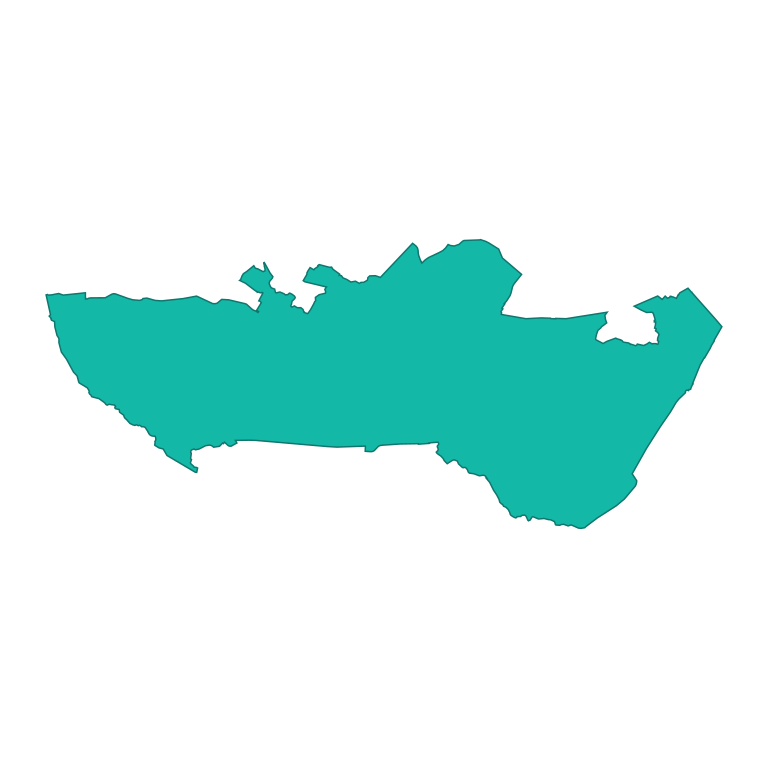 outline of Doetinchem, Gelderland, Netherlands
{"feature_id": "6326949B3071243252174", "entity_name": "Doetinchem", "entity_type": "district", "adm_level": 2, "iso_a3": "NLD", "parent_name": "Netherlands", "parent_adm1": "Gelderland", "projection": "albers", "projection_center": [6.278, 51.959], "detail": "fine", "context": "isolated", "style": "filled", "palette": "teal", "viewbox_px": 768, "rotation_deg": 0, "n_neighbors": 0, "source": "geoboundaries", "source_scale": "gbopen_adm2", "svg_char_len": 6089}
<svg xmlns="http://www.w3.org/2000/svg" viewBox="0 0 768 768"><path d="M46.1,294.9L50.5,314.7L49.2,316.1L51.2,318.3L50.9,318.6L51.0,319.1L51.5,320.2L54.5,321.5L54.9,327.1L57.0,335.4L58.5,337.8L59.0,339.1L58.9,342.6L61.4,352.1L66.5,359.2L73.5,372.1L77.1,375.9L78.7,381.9L79.2,382.9L87.4,387.9L89.0,390.7L89.2,391.5L88.9,392.5L89.2,393.2L89.6,394.0L90.9,395.1L91.4,396.2L91.9,396.8L98.9,398.6L104.6,402.7L106.0,404.5L106.8,405.0L107.4,405.1L108.8,404.3L114.5,405.1L115.6,406.3L114.9,407.2L114.9,408.0L115.7,408.8L119.2,409.5L119.6,412.2L123.7,415.2L124.1,416.8L125.1,418.4L126.5,419.5L129.9,423.4L132.7,424.8L134.9,425.4L136.5,424.8L138.3,425.7L139.6,425.3L140.5,425.7L141.5,426.7L143.8,426.8L145.1,427.4L147.2,430.5L148.9,433.7L150.4,435.3L152.1,436.0L155.2,436.3L155.7,438.0L155.8,439.5L155.5,440.5L154.9,441.5L155.1,442.6L154.7,444.9L154.9,445.4L159.0,447.9L163.2,449.0L167.0,455.5L195.4,472.3L196.7,472.4L197.6,468.0L196.4,467.4L194.1,467.2L193.8,466.4L190.9,463.8L190.4,462.8L191.5,459.6L190.6,458.7L191.3,453.5L191.2,453.0L190.7,452.6L190.7,451.7L191.4,450.0L194.0,449.0L195.5,449.8L199.2,449.0L205.6,445.7L209.4,445.1L211.4,445.5L213.7,447.2L219.5,446.3L222.7,443.0L223.5,443.6L224.5,442.2L228.2,445.6L229.3,446.1L231.1,446.2L236.9,443.0L235.4,440.4L248.9,440.2L255.9,440.4L326.8,446.5L336.8,447.1L365.2,446.1L365.4,446.2L365.2,451.3L371.1,451.7L372.8,451.4L374.3,450.6L378.4,446.3L379.9,445.6L382.1,445.2L399.9,444.0L418.3,443.7L418.4,444.2L429.3,443.4L429.1,442.9L438.0,442.2L438.5,443.2L438.7,444.2L437.3,446.1L437.3,446.9L437.9,448.0L438.2,449.6L437.8,450.6L436.3,452.1L436.3,452.4L437.3,453.6L441.0,456.2L443.2,458.6L444.2,460.6L447.2,463.7L451.9,460.7L453.6,459.9L454.3,459.9L457.4,461.1L458.5,463.9L462.4,467.5L463.3,467.7L464.9,467.4L466.2,468.1L467.4,469.8L468.3,472.1L469.3,473.1L474.0,473.8L479.3,475.8L483.4,475.2L485.1,475.8L487.0,478.4L486.4,478.4L489.7,482.4L493.6,490.3L496.7,494.9L499.0,499.3L499.8,502.2L501.6,504.0L502.5,504.3L503.6,506.3L505.6,507.0L508.0,509.2L509.7,512.3L510.3,514.5L511.0,515.4L513.5,517.0L515.6,517.9L516.5,517.6L517.2,516.6L520.6,516.5L522.1,515.3L524.7,515.1L526.1,516.2L527.9,520.3L528.5,520.8L530.1,520.1L532.2,516.9L533.0,516.7L538.5,519.0L544.1,518.5L548.4,519.6L550.6,519.8L554.3,521.5L554.9,522.6L555.4,524.5L555.9,525.0L559.8,525.3L561.0,524.6L563.6,524.3L568.1,525.9L571.2,524.9L578.2,528.0L580.8,528.4L584.8,527.7L585.9,526.6L597.4,517.9L616.4,505.7L624.4,499.0L635.3,486.1L636.1,484.4L636.7,481.8L636.7,480.7L632.2,473.8L646.5,448.4L660.3,426.7L670.5,411.9L676.0,402.6L678.8,399.1L685.4,392.8L685.5,391.3L686.2,390.5L687.1,390.1L688.4,390.6L689.0,389.5L689.7,389.7L690.8,389.0L690.8,388.3L692.4,384.8L693.1,383.9L692.6,383.6L700.1,365.1L704.3,357.7L704.6,357.9L710.1,348.5L711.7,345.1L714.3,340.9L714.1,340.4L721.9,326.7L715.6,319.3L692.1,292.8L692.0,292.3L691.4,292.1L688.0,288.2L679.7,292.9L678.5,295.0L678.2,294.8L676.4,298.4L673.2,297.0L671.1,296.6L671.0,296.3L670.2,296.3L669.4,297.5L667.4,298.2L665.2,296.1L662.2,299.4L657.7,296.0L634.2,306.2L641.1,310.0L646.6,312.5L651.7,312.2L652.8,312.7L653.6,314.5L655.3,320.0L654.3,320.4L654.3,322.0L655.7,322.0L655.4,325.1L654.6,328.1L656.1,328.7L656.1,329.4L655.5,330.8L657.8,332.6L659.0,334.5L657.7,338.1L657.5,340.6L658.7,341.4L657.9,344.2L657.0,344.2L656.1,343.6L652.9,343.6L652.1,343.9L649.4,342.3L647.1,343.9L643.7,345.5L637.3,344.1L636.8,345.1L635.6,345.7L630.8,344.1L630.3,344.4L629.7,343.5L628.3,342.9L623.8,342.2L623.1,342.0L622.1,340.6L621.0,340.3L620.9,339.9L616.7,338.7L615.8,338.1L606.8,341.4L603.1,343.5L596.2,339.9L595.6,339.1L595.6,338.6L596.5,334.5L597.9,330.4L600.9,327.8L601.4,326.9L606.7,322.9L605.5,319.5L604.9,315.3L607.2,312.2L566.1,318.7L555.8,318.4L555.8,318.8L553.3,318.7L550.8,318.6L550.5,318.2L541.2,317.9L525.9,318.7L501.6,314.5L501.3,314.4L501.6,312.8L500.9,311.6L502.9,308.9L501.9,308.2L504.8,303.9L504.3,303.6L506.6,301.0L510.0,295.7L511.0,293.1L512.4,287.3L513.0,285.6L514.3,283.6L521.6,274.4L502.4,258.0L498.7,249.1L488.9,243.0L485.8,241.4L480.4,239.6L479.9,239.9L464.0,240.5L462.6,241.2L459.0,244.4L454.3,246.0L450.4,245.5L448.1,244.5L445.6,248.0L442.8,250.6L439.5,252.4L428.5,257.6L425.1,260.0L421.9,263.1L421.3,261.6L421.0,261.7L418.7,255.5L418.3,253.5L418.0,249.8L417.4,247.9L416.0,246.0L412.6,243.3L380.4,277.4L375.4,275.7L369.7,275.9L367.9,277.6L367.5,280.0L367.2,280.3L363.8,282.3L360.9,282.4L359.3,283.4L355.5,281.2L350.9,282.0L346.7,279.4L343.0,277.9L341.4,275.7L340.6,275.6L339.7,274.8L339.3,275.0L339.6,274.1L339.2,273.8L333.5,269.7L332.6,268.8L331.6,267.1L329.5,267.3L319.2,264.6L317.8,265.6L318.0,266.5L314.6,268.8L313.8,269.8L310.1,267.6L307.8,271.1L306.9,273.0L307.0,273.9L306.7,274.7L303.2,280.7L304.9,281.8L326.5,287.0L324.8,289.4L325.7,291.8L325.4,293.2L319.2,294.7L315.4,297.4L315.6,300.8L314.7,301.7L313.6,304.1L310.4,309.9L308.0,313.3L307.6,313.6L304.7,312.7L304.5,312.2L304.0,312.3L303.0,309.4L300.9,307.7L297.2,307.7L294.4,305.9L292.1,307.0L291.1,306.6L290.8,305.6L291.5,304.3L292.0,301.3L294.7,298.7L295.2,297.6L294.7,296.3L292.3,294.4L289.8,293.1L289.2,293.3L287.9,294.6L285.4,294.9L284.0,293.7L279.9,292.0L276.1,292.9L275.3,292.0L274.7,289.1L271.4,287.9L270.3,286.3L269.1,283.4L269.7,281.3L272.3,278.2L272.9,276.7L270.2,273.2L264.3,262.5L263.8,262.7L263.8,263.2L263.9,264.1L264.7,265.2L264.2,265.8L265.1,269.4L264.9,270.9L263.0,271.6L257.9,268.9L255.3,268.2L253.8,265.7L246.7,271.5L243.4,273.7L242.0,276.0L240.6,279.7L239.6,280.4L245.4,283.2L255.7,291.0L256.9,291.5L257.2,292.3L258.2,292.0L260.2,292.8L261.4,292.8L261.9,292.4L262.8,292.8L262.7,293.4L258.8,300.9L260.0,301.2L261.3,302.7L256.7,310.2L258.6,311.6L258.0,312.5L255.9,311.1L253.5,310.2L251.9,309.1L246.5,304.2L244.8,303.6L228.6,299.8L221.7,299.4L217.2,303.2L215.0,303.7L212.7,303.6L196.6,296.1L183.1,298.6L161.4,300.9L155.1,300.4L146.9,298.1L143.0,298.5L142.1,299.6L139.7,300.4L132.8,299.8L127.9,298.4L115.4,293.9L113.6,293.7L112.0,294.1L105.2,297.8L90.7,297.9L88.3,298.3L87.5,298.9L85.7,299.0L85.4,298.9L85.7,298.1L85.4,297.1L85.4,292.8L63.2,295.1L58.7,293.5L51.4,294.9L48.2,295.1L47.6,294.5L46.1,294.9Z" fill="#14b8a6" stroke="#0f766e" stroke-width="1.5"/></svg>